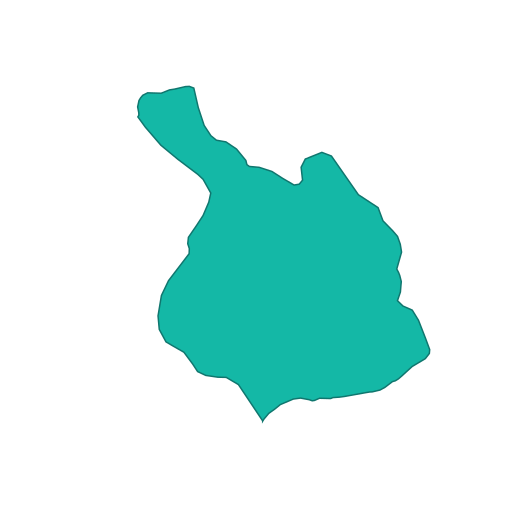 Mayo-Louti, Nord, Cameroon (Mercator projection), rotated 44°
{"feature_id": "32672807B2656917895115", "entity_name": "Mayo-Louti", "entity_type": "district", "adm_level": 2, "iso_a3": "CMR", "parent_name": "Cameroon", "parent_adm1": "Nord", "projection": "mercator", "projection_center": [13.772, 9.925], "detail": "fine", "context": "isolated", "style": "filled", "palette": "teal", "viewbox_px": 512, "rotation_deg": 44, "n_neighbors": 0, "source": "geoboundaries", "source_scale": "gbopen_adm2", "svg_char_len": 1485}
<svg xmlns="http://www.w3.org/2000/svg" viewBox="0 0 512 512"><g transform="rotate(44 256 256)"><path d="M336.7,142.9L322.9,142.5L310.2,136.4L287.1,140.8L240.8,131.7L231.4,135.7L224.1,152.0L226.8,160.8L236.8,169.1L237.2,174.3L234.1,178.5L221.4,181.6L208.8,184.1L196.7,190.0L189.0,196.2L186.0,196.6L182.3,194.3L167.7,192.6L155.1,194.8L147.1,200.2L140.0,200.8L128.0,198.1L111.3,189.3L94.6,178.4L90.7,180.1L90.2,180.3L87.6,183.1L81.5,192.5L78.4,196.6L74.7,204.8L64.7,213.9L62.9,219.0L63.1,222.2L63.8,225.4L67.3,231.0L68.9,232.1L72.3,234.5L73.9,236.1L74.4,238.0L87.0,240.2L110.7,242.4L132.7,240.7L157.4,237.7L164.7,237.6L179.7,242.1L184.6,250.0L189.8,263.6L192.1,275.7L194.4,289.5L198.4,294.6L202.9,297.0L206.3,300.8L210.2,334.5L215.4,350.1L227.1,367.1L237.4,376.0L250.9,380.3L259.2,378.3L271.0,375.3L285.5,377.7L294.3,379.7L302.8,376.8L312.7,369.7L318.9,364.0L320.5,363.6L332.7,360.7L375.4,370.0L375.5,370.1L375.0,367.7L374.5,360.4L375.9,352.7L376.7,346.0L382.2,333.0L386.7,327.3L394.1,322.4L397.0,321.1L398.4,319.3L400.5,314.2L408.7,306.7L409.7,304.4L414.2,299.4L417.2,295.6L428.9,279.4L432.2,274.9L434.0,273.0L438.3,266.3L440.0,260.8L441.4,251.6L442.9,249.0L443.8,245.5L444.3,240.1L444.3,239.7L445.1,227.0L449.1,212.2L448.4,205.7L446.0,202.7L435.0,197.4L417.6,189.4L406.0,186.4L396.5,189.9L388.8,189.9L384.9,181.6L380.3,176.0L378.3,173.5L373.0,170.2L370.2,168.9L366.3,167.6L358.0,152.1L351.6,147.3L344.2,143.6L336.7,142.9Z" fill="#14b8a6" stroke="#0f766e" stroke-width="1.5"/></g></svg>